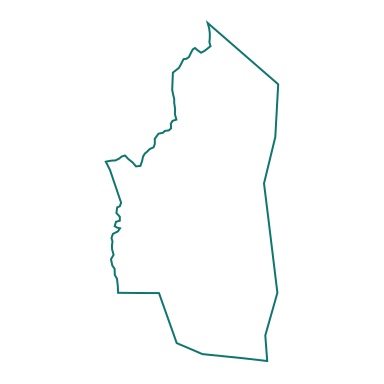 Juazeirinho, Paraíba, Brazil
{"feature_id": "56859067B91573865161929", "entity_name": "Juazeirinho", "entity_type": "district", "adm_level": 2, "iso_a3": "BRA", "parent_name": "Brazil", "parent_adm1": "Paraíba", "projection": "equal_earth", "projection_center": [-36.608, -7.042], "detail": "fine", "context": "isolated", "style": "outline", "palette": "teal", "viewbox_px": 384, "rotation_deg": 0, "n_neighbors": 0, "source": "geoboundaries", "source_scale": "gbopen_adm2", "svg_char_len": 1244}
<svg xmlns="http://www.w3.org/2000/svg" viewBox="0 0 384 384"><path d="M118.1,292.8L138.6,293.0L159.0,293.1L162.9,304.1L173.4,333.7L176.7,343.1L202.4,354.1L242.8,358.2L267.2,361.0L265.3,335.4L277.4,292.8L276.4,284.7L268.4,218.9L264.0,183.4L264.8,180.2L275.3,137.0L278.2,84.3L207.7,23.0L209.2,28.5L209.8,33.2L209.8,37.9L209.4,42.2L210.5,46.2L206.7,49.2L204.2,51.1L201.0,52.7L197.5,50.2L195.0,48.0L192.8,49.4L190.8,53.1L189.0,57.0L186.3,58.8L183.5,59.2L181.3,63.6L179.0,67.8L172.9,72.6L172.2,89.9L173.2,94.8L174.2,98.9L174.2,102.9L175.1,109.0L174.9,114.2L176.4,119.6L172.5,120.9L170.8,123.8L171.1,128.3L168.8,130.4L164.9,130.9L162.8,132.8L158.5,133.7L156.6,136.3L154.8,138.8L154.8,144.0L153.6,147.3L149.6,149.1L147.0,151.8L144.8,153.6L143.0,156.7L142.1,161.0L140.4,165.9L136.0,166.4L132.8,162.6L128.2,158.9L125.0,155.5L121.7,156.5L119.2,158.6L115.5,160.4L111.9,160.6L109.1,161.0L105.8,161.7L110.0,170.0L121.1,202.7L119.8,206.3L117.2,207.4L116.4,213.0L119.8,216.7L119.8,220.7L116.0,221.8L114.7,226.2L117.1,227.6L120.0,228.3L117.9,231.4L112.9,233.9L111.5,238.0L112.5,241.6L111.9,245.8L112.1,249.4L113.6,254.8L111.0,259.2L112.3,265.5L114.6,268.8L114.8,274.9L117.0,278.8L117.8,286.1L118.1,292.8Z" fill="none" stroke="#0f766e" stroke-width="2"/></svg>